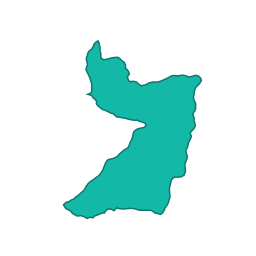 Matutina, Minas Gerais, Brazil (Natural Earth projection), rotated 253°
{"feature_id": "56859067B65978076435942", "entity_name": "Matutina", "entity_type": "district", "adm_level": 2, "iso_a3": "BRA", "parent_name": "Brazil", "parent_adm1": "Minas Gerais", "projection": "natural_earth1", "projection_center": [-45.985, -19.184], "detail": "fine", "context": "isolated", "style": "filled", "palette": "teal", "viewbox_px": 256, "rotation_deg": 253, "n_neighbors": 0, "source": "geoboundaries", "source_scale": "gbopen_adm2", "svg_char_len": 2806}
<svg xmlns="http://www.w3.org/2000/svg" viewBox="0 0 256 256"><g transform="rotate(253 128 128)"><path d="M52.3,68.3L53.6,70.1L53.7,72.5L54.0,75.5L54.2,78.2L53.6,80.7L55.1,82.2L56.4,85.2L55.2,88.4L53.0,90.4L54.9,93.8L53.4,96.2L52.2,99.0L51.6,101.2L51.2,103.6L50.5,106.6L49.8,108.7L48.6,111.2L46.6,113.9L45.4,116.5L44.5,119.7L43.6,122.8L42.5,125.9L41.1,127.4L38.8,128.9L37.3,131.8L35.9,133.7L36.6,136.1L38.8,138.6L40.7,139.9L42.2,142.1L44.3,144.3L46.8,146.0L49.4,147.8L52.2,148.6L56.0,149.3L59.4,150.5L61.7,152.0L63.9,153.2L66.3,155.0L67.4,158.3L66.2,162.0L65.8,165.3L66.7,168.1L69.7,170.3L72.2,170.9L75.9,171.4L78.5,173.1L80.8,175.0L83.2,176.4L86.3,176.4L88.5,176.4L90.3,177.3L91.9,179.1L93.7,180.1L95.7,181.2L97.6,182.8L99.4,184.6L101.8,186.3L104.4,185.8L106.2,187.3L107.2,189.3L108.4,191.2L110.4,193.0L113.3,193.4L115.8,193.2L118.2,194.3L120.5,193.8L123.1,194.6L125.1,197.2L127.0,198.5L129.0,198.9L131.1,199.8L133.8,199.6L136.1,199.2L138.8,199.8L141.1,201.1L143.3,202.1L145.4,203.2L147.3,205.0L148.5,207.6L150.1,210.1L152.0,212.1L154.4,212.0L156.9,210.7L158.5,208.5L158.7,205.1L158.7,202.4L159.6,200.2L161.1,198.5L162.6,195.7L163.3,191.2L164.5,187.8L165.2,185.6L164.7,183.1L164.1,179.8L163.6,176.4L163.3,173.2L163.2,170.6L163.8,167.8L164.8,165.0L164.9,160.8L164.1,157.3L164.5,153.1L166.8,151.0L169.3,149.7L171.0,147.2L171.8,143.2L174.5,142.2L177.4,142.6L179.1,145.1L182.1,145.0L183.9,144.3L186.1,143.0L188.9,144.1L192.1,143.5L194.4,141.6L196.5,140.7L198.6,138.9L199.4,135.8L199.8,132.3L199.9,129.2L200.3,125.0L202.6,122.5L204.8,123.2L207.7,123.8L210.4,123.8L212.9,124.8L215.1,124.9L217.5,125.2L220.1,124.8L219.5,122.4L218.1,120.0L215.9,118.4L214.1,116.3L212.9,113.1L211.1,111.3L209.3,110.4L207.5,108.8L205.3,108.1L203.1,108.1L200.4,107.8L198.2,106.0L195.8,104.9L193.5,105.2L191.0,105.7L188.8,106.0L186.0,106.2L183.1,106.2L179.9,106.1L177.7,105.2L174.0,104.2L172.2,102.5L172.0,99.4L169.9,102.6L167.0,103.6L165.0,104.9L163.0,105.8L160.6,104.9L158.2,105.6L155.7,107.2L153.3,108.9L151.9,110.9L149.7,113.4L147.1,116.1L145.9,118.2L143.8,119.3L141.8,120.6L140.9,122.9L139.4,125.6L138.2,128.0L136.7,130.4L135.0,133.2L133.5,136.4L132.9,139.0L131.2,140.7L129.4,143.5L127.5,145.9L125.1,145.8L123.9,144.1L124.0,141.0L124.4,137.3L123.8,134.7L122.6,132.3L120.5,131.0L118.7,130.1L116.2,128.5L114.4,126.5L112.2,124.8L109.6,122.9L108.7,120.6L108.3,118.2L107.1,115.6L105.7,112.4L103.7,108.9L103.1,104.6L103.4,102.1L103.5,99.6L102.2,97.3L100.0,95.4L97.7,93.6L95.4,91.8L93.7,89.9L91.6,87.3L90.6,84.9L89.9,82.7L88.8,80.2L87.8,76.3L86.4,73.5L84.6,71.1L82.6,69.2L81.0,67.0L79.7,63.9L78.1,60.8L77.2,57.7L75.9,55.6L75.7,52.7L74.9,49.9L75.0,47.3L73.5,43.9L71.5,44.2L69.0,45.1L67.4,46.8L65.5,48.8L62.6,49.9L58.7,53.6L58.0,57.2L56.4,59.7L53.6,62.3L53.7,66.0L52.3,68.3Z" fill="#14b8a6" stroke="#0f766e" stroke-width="1.5"/></g></svg>